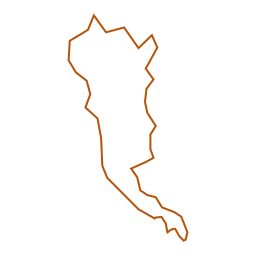 Gourri, Nicosia, Cyprus (Mercator projection)
{"feature_id": "46923920B8760055260995", "entity_name": "Gourri", "entity_type": "district", "adm_level": 2, "iso_a3": "CYP", "parent_name": "Cyprus", "parent_adm1": "Nicosia", "projection": "mercator", "projection_center": [33.166, 34.951], "detail": "fine", "context": "isolated", "style": "outline", "palette": "amber", "viewbox_px": 256, "rotation_deg": 0, "n_neighbors": 0, "source": "geoboundaries", "source_scale": "gbopen_adm2", "svg_char_len": 760}
<svg xmlns="http://www.w3.org/2000/svg" viewBox="0 0 256 256"><path d="M185.6,239.7L187.4,232.3L181.3,216.7L174.3,212.1L162.0,207.4L155.8,197.3L147.3,195.0L140.3,190.4L137.2,177.2L131.1,168.6L145.0,162.4L153.5,157.8L150.4,149.2L150.4,134.5L155.8,126.0L147.3,112.8L145.0,101.9L146.5,88.7L153.5,79.4L145.7,68.6L149.6,61.6L157.3,47.6L151.9,35.2L138.5,48.1L124.1,27.5L106.0,32.3L93.9,15.4L87.9,29.9L69.8,40.8L68.6,60.2L75.8,72.3L77.1,73.3L86.7,80.8L90.3,94.2L85.4,107.5L97.5,118.4L101.1,137.8L102.3,165.7L107.2,177.8L124.1,194.8L138.5,209.3L154.8,218.5L155.6,217.5L161.6,217.0L165.8,223.5L167.4,232.4L167.5,232.5L170.4,230.0L173.3,228.9L175.2,228.9L179.2,236.0L182.3,239.3L183.6,240.6L185.6,239.7L185.6,239.7Z" fill="none" stroke="#b45309" stroke-width="2"/></svg>